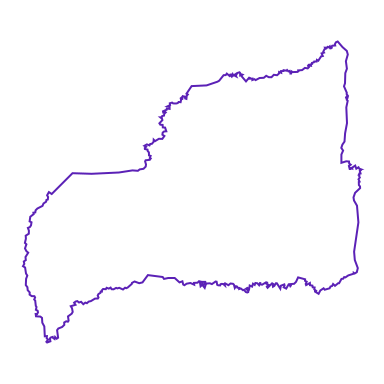 outline of Sak Lek, Phichit, Thailand
{"feature_id": "78962969B74597047667398", "entity_name": "Sak Lek", "entity_type": "district", "adm_level": 2, "iso_a3": "THA", "parent_name": "Thailand", "parent_adm1": "Phichit", "projection": "albers", "projection_center": [100.505, 16.509], "detail": "fine", "context": "isolated", "style": "outline", "palette": "violet", "viewbox_px": 384, "rotation_deg": 0, "n_neighbors": 0, "source": "geoboundaries", "source_scale": "gbopen_adm2", "svg_char_len": 5892}
<svg xmlns="http://www.w3.org/2000/svg" viewBox="0 0 384 384"><path d="M72.5,173.2L51.7,194.0L48.9,192.1L47.1,195.3L48.1,197.0L47.8,199.5L46.4,200.0L46.1,201.7L43.5,203.5L42.5,205.9L37.4,208.5L35.6,210.3L35.3,212.4L33.4,212.7L33.7,214.1L30.3,216.7L29.6,221.4L31.5,222.3L31.0,225.4L29.8,227.1L27.9,227.9L28.9,230.7L28.8,233.7L25.7,235.7L25.9,238.7L24.9,242.9L26.4,244.3L25.0,248.4L26.3,251.0L28.2,252.7L25.5,257.0L25.8,260.1L23.8,261.5L24.3,263.9L23.0,266.2L25.1,267.5L26.0,273.5L27.3,275.6L26.1,278.8L25.8,285.1L27.4,287.2L27.7,290.2L29.7,292.4L29.6,294.6L31.7,296.1L34.4,296.2L35.1,297.5L34.2,299.5L35.2,300.6L35.8,305.9L36.5,307.0L35.9,309.8L37.6,310.7L38.0,312.3L37.1,314.1L35.7,314.0L36.0,316.3L40.4,316.6L42.0,317.9L42.3,322.7L44.3,326.4L44.8,336.3L46.9,336.1L46.7,338.3L48.1,339.6L46.4,341.8L47.1,342.5L50.4,341.3L49.9,338.4L51.0,337.4L52.7,336.9L52.8,337.7L54.6,339.0L55.1,337.0L56.7,338.7L58.1,337.7L57.1,330.2L58.3,328.5L62.1,327.0L64.3,324.9L64.2,322.5L66.2,321.3L67.9,321.7L68.6,320.7L68.0,316.4L71.7,313.7L72.7,311.9L72.0,308.2L70.8,306.2L75.5,304.8L74.1,302.7L75.7,301.5L77.3,301.1L79.0,302.5L81.1,301.8L83.3,304.2L85.3,302.6L86.9,303.2L88.7,301.6L90.9,301.1L95.0,298.6L97.9,298.5L98.5,297.5L97.7,295.5L98.5,294.0L100.4,292.9L100.7,291.5L101.9,291.6L102.1,290.0L103.1,289.0L105.8,289.2L106.6,287.8L108.8,288.6L110.6,287.6L111.6,289.2L113.6,289.3L116.1,287.9L117.4,288.4L119.2,287.8L123.0,289.5L125.1,287.7L126.2,288.2L127.6,287.6L131.8,283.9L132.0,282.9L134.6,281.5L139.2,283.2L142.5,282.4L147.9,275.1L162.7,277.0L164.0,278.9L168.2,278.0L174.7,278.0L179.5,282.4L182.4,281.3L183.2,284.5L184.4,285.2L186.6,283.7L190.4,283.0L194.2,284.7L194.0,282.9L197.6,282.7L199.0,281.2L201.1,281.7L200.0,282.7L200.6,286.3L201.6,285.4L202.7,281.9L205.3,281.9L205.5,282.6L202.8,285.5L204.7,287.9L205.8,284.4L206.8,283.5L209.9,283.3L211.9,284.1L215.6,281.5L216.6,281.7L217.2,284.8L218.2,285.3L220.2,285.4L220.6,284.2L221.4,283.9L223.2,284.0L224.8,285.4L224.4,283.9L225.0,283.3L228.4,285.2L230.5,283.5L233.0,283.8L233.9,284.6L234.8,288.0L236.0,286.2L237.1,286.6L237.4,287.7L239.2,287.9L239.2,289.0L240.8,288.5L243.0,290.2L244.0,289.8L245.8,292.0L247.2,292.5L248.2,292.1L248.4,290.8L246.0,288.8L247.3,287.9L249.1,289.1L249.7,285.5L252.1,286.6L253.0,283.7L254.7,284.9L255.4,283.0L257.4,283.3L259.1,285.2L260.3,282.3L260.4,284.4L262.1,284.7L266.1,282.3L267.0,282.6L266.4,283.7L268.4,284.7L266.8,286.7L267.6,287.8L272.1,283.3L273.9,284.4L272.8,285.5L273.0,286.7L274.3,285.9L276.0,283.2L276.9,283.3L280.3,288.7L280.9,285.7L284.3,284.4L284.6,285.6L283.7,287.3L286.2,288.6L288.7,284.3L289.4,284.4L290.3,286.2L290.9,285.5L290.4,284.1L294.1,283.8L296.0,281.9L298.1,277.4L305.1,279.3L305.0,280.8L306.7,281.7L305.7,283.9L306.1,285.1L309.9,283.0L310.0,285.2L312.4,285.6L312.7,287.3L314.6,287.5L314.3,289.4L316.9,291.4L315.0,291.0L315.0,291.6L318.6,293.8L320.3,290.5L323.6,288.3L324.7,289.7L329.6,288.3L330.5,286.5L332.1,286.0L333.1,284.0L335.0,285.8L338.2,283.2L339.1,283.2L341.5,278.9L343.2,278.7L344.2,277.1L345.4,277.4L348.3,275.4L353.7,273.7L353.7,272.8L354.7,273.5L356.8,272.2L357.8,268.1L354.8,260.0L354.1,251.7L358.4,222.4L357.0,205.7L354.0,200.5L353.5,197.4L355.1,192.8L360.1,188.1L360.0,186.4L358.9,185.1L358.8,182.0L359.6,181.7L358.5,179.3L359.8,177.5L359.2,176.4L359.4,174.9L358.8,174.8L359.5,173.3L360.5,173.3L359.8,170.8L360.7,170.2L360.1,169.5L361.0,169.3L359.2,168.6L358.5,167.3L356.3,168.7L355.2,165.6L352.2,167.6L352.3,168.6L351.0,168.1L350.6,169.0L349.7,169.0L348.9,165.9L350.7,164.7L349.2,163.5L349.0,161.5L346.2,161.3L341.4,162.8L341.4,154.5L343.1,150.6L341.3,147.9L342.4,144.6L344.5,141.6L345.1,133.3L347.0,123.1L346.3,107.4L347.7,100.8L346.8,99.8L347.3,98.4L346.4,98.4L346.0,97.5L346.8,96.3L347.6,97.1L348.0,96.0L346.6,94.0L346.8,92.8L344.0,86.3L345.0,83.3L345.3,73.1L346.9,68.7L345.9,61.2L347.8,54.5L346.8,50.9L342.5,47.1L337.7,41.5L335.9,42.3L334.9,44.2L335.2,45.5L332.3,45.7L331.4,46.6L331.8,47.7L330.8,48.4L330.1,48.3L329.7,46.4L328.6,47.3L327.6,46.9L327.2,47.7L325.1,47.7L325.7,48.7L324.5,49.2L323.3,51.6L324.0,52.6L321.6,53.4L322.8,56.0L321.1,56.4L318.3,60.7L316.9,59.9L316.6,61.5L314.2,61.5L313.9,62.3L312.0,62.9L312.1,63.9L310.7,64.4L311.0,65.8L310.2,65.7L309.9,64.7L308.7,64.8L308.0,65.8L308.9,67.2L307.7,68.4L304.9,67.9L302.1,70.1L298.2,70.4L298.4,71.3L297.5,71.9L292.6,72.1L291.7,71.5L291.4,72.5L290.8,71.4L291.1,72.7L290.4,73.3L289.7,70.9L288.4,71.4L287.1,70.0L286.5,70.7L283.6,70.2L283.5,71.0L281.0,71.1L281.2,72.8L279.1,72.0L279.0,73.5L277.1,75.2L273.8,74.8L271.5,77.2L268.8,77.2L266.2,75.8L263.8,77.8L259.6,78.0L255.6,80.1L254.5,79.2L252.4,80.0L252.5,78.6L249.7,78.7L249.9,78.0L249.1,77.7L246.0,81.4L241.9,76.6L241.7,75.3L242.5,74.7L240.7,74.1L240.7,75.5L240.2,75.6L240.1,73.0L239.5,72.3L237.3,73.0L235.8,75.8L236.1,76.4L235.3,76.0L235.6,74.1L233.3,75.6L232.7,74.3L231.7,76.6L230.7,75.6L231.2,74.5L230.2,74.6L229.5,75.9L226.8,73.6L225.7,75.1L223.6,75.2L219.2,80.7L217.5,81.7L206.6,85.4L191.6,86.1L186.5,93.7L187.8,94.5L186.7,95.8L186.4,98.9L185.2,98.5L184.8,96.6L182.8,96.2L182.3,98.9L181.7,98.8L181.8,97.3L180.7,98.3L181.1,99.9L180.6,102.2L178.6,102.0L177.7,103.1L176.1,103.5L173.1,103.4L172.1,102.6L169.8,103.3L170.1,105.1L167.6,106.3L169.6,106.6L169.6,108.9L166.8,108.5L166.7,109.7L163.0,111.3L163.2,112.3L164.7,111.7L165.7,112.4L164.3,113.7L164.0,115.6L162.2,116.0L161.8,117.2L160.3,117.3L162.0,118.7L162.4,120.1L159.4,123.3L160.3,124.7L162.6,124.9L162.8,127.4L165.1,127.6L166.3,131.3L164.0,131.5L162.7,132.6L162.4,134.7L164.4,136.0L162.3,138.9L158.9,138.8L155.1,141.1L153.7,139.7L153.6,141.8L151.9,143.8L150.2,144.0L149.5,145.4L146.9,144.4L144.4,145.8L146.1,146.8L144.8,148.0L144.9,149.0L147.5,149.6L147.7,151.0L148.9,152.4L149.0,155.4L150.6,155.9L149.8,158.0L150.7,158.5L149.8,159.8L145.6,160.3L145.1,161.4L146.0,164.4L145.7,166.6L143.5,168.8L139.7,169.4L137.9,170.8L132.5,170.4L118.9,172.5L91.6,173.8L72.5,173.2Z" fill="none" stroke="#5b21b6" stroke-width="2"/></svg>